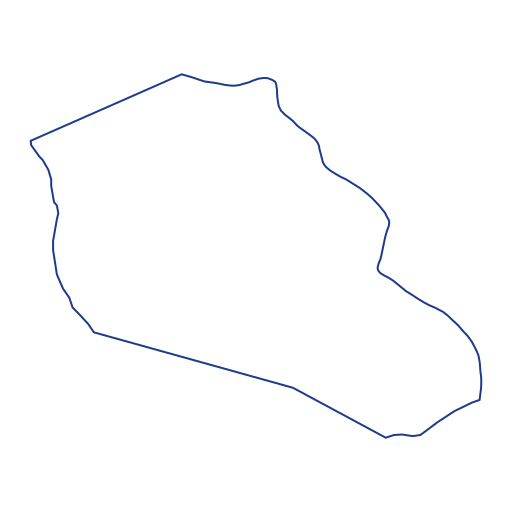 Galba, Micoud, Saint Lucia
{"feature_id": "8701671B38782099046323", "entity_name": "Galba", "entity_type": "district", "adm_level": 2, "iso_a3": "LCA", "parent_name": "Saint Lucia", "parent_adm1": "Micoud", "projection": "albers", "projection_center": [-60.938, 13.836], "detail": "fine", "context": "isolated", "style": "outline", "palette": "blue", "viewbox_px": 512, "rotation_deg": 0, "n_neighbors": 0, "source": "geoboundaries", "source_scale": "gbopen_adm2", "svg_char_len": 1585}
<svg xmlns="http://www.w3.org/2000/svg" viewBox="0 0 512 512"><path d="M93.8,332.3L293.0,387.8L385.7,437.7L394.0,435.0L401.8,434.5L412.6,436.1L420.4,435.0L428.2,429.2L437.5,422.2L454.6,411.0L472.2,402.5L479.6,399.9L481.1,387.8L481.2,385.1L481.3,380.4L481.0,375.7L480.4,371.5L480.0,365.5L479.6,361.8L478.5,355.6L476.8,351.4L475.0,347.7L471.8,341.7L467.6,335.9L463.8,331.9L458.5,325.8L456.2,323.5L451.6,319.3L447.9,315.7L443.1,311.9L437.9,309.2L435.1,307.7L429.4,305.3L424.3,302.6L417.7,298.6L411.8,294.7L406.1,291.2L393.1,280.6L388.7,277.8L383.7,275.2L380.2,273.0L378.0,270.2L377.6,268.0L377.9,266.1L378.9,262.7L380.2,260.0L381.3,255.7L385.1,237.4L386.9,230.9L388.7,226.3L389.3,222.1L388.6,219.7L387.2,217.3L384.9,212.7L380.7,207.4L378.2,204.5L372.1,198.1L367.9,194.3L359.8,188.0L352.0,183.1L346.3,179.5L340.4,176.7L335.1,173.6L330.0,170.4L325.7,166.7L323.2,163.1L322.7,161.3L321.8,158.0L320.9,154.4L319.6,149.7L318.9,145.6L317.4,142.4L314.8,138.9L312.1,136.6L308.9,134.2L304.6,131.1L300.5,128.2L297.3,125.7L292.8,120.9L288.0,117.0L285.3,115.0L281.0,110.7L278.7,106.0L277.9,101.3L277.4,97.8L277.1,94.4L277.0,89.8L276.1,84.0L275.2,81.8L272.2,79.9L267.5,78.1L263.2,78.0L258.6,78.7L253.2,80.5L248.8,82.4L243.5,83.8L239.2,85.1L234.3,85.7L230.9,85.6L225.1,84.9L216.3,83.1L204.2,81.4L193.5,77.8L191.1,77.0L181.7,74.3L30.7,140.8L31.2,145.2L39.3,156.5L42.6,159.9L48.3,169.7L51.2,179.5L51.2,185.9L54.0,202.1L56.9,205.5L58.3,213.3L56.9,219.2L53.1,240.8L53.1,250.1L56.9,274.6L63.1,288.8L69.3,297.7L72.6,307.5L78.8,313.8L88.3,324.1L93.8,332.3Z" fill="none" stroke="#1e3a8a" stroke-width="2"/></svg>